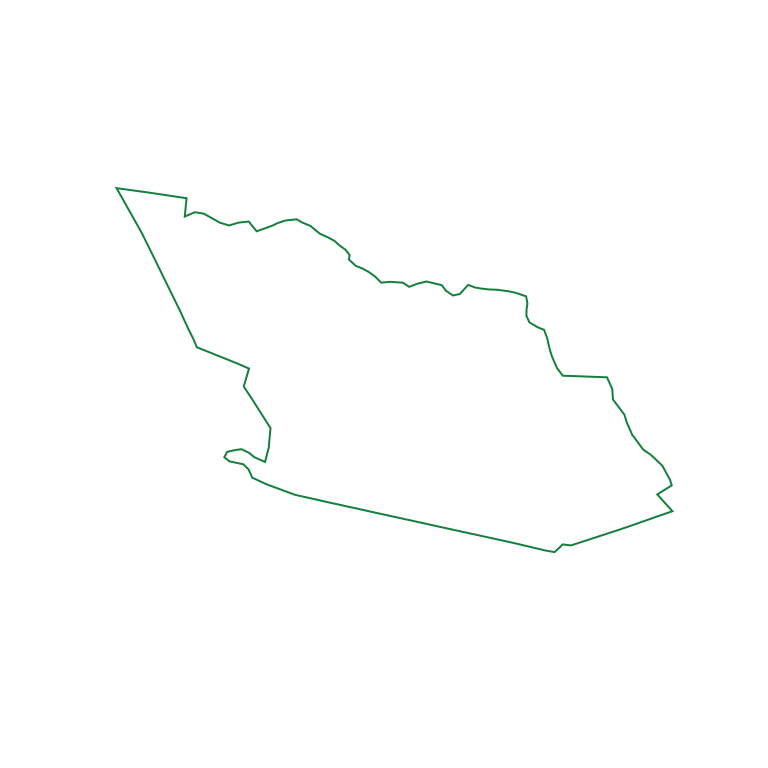 outline of São Caitano, Pernambuco, Brazil, rotated 107°
{"feature_id": "56859067B39794301269102", "entity_name": "São Caitano", "entity_type": "district", "adm_level": 2, "iso_a3": "BRA", "parent_name": "Brazil", "parent_adm1": "Pernambuco", "projection": "equal_earth", "projection_center": [-36.162, -8.337], "detail": "fine", "context": "isolated", "style": "outline", "palette": "green", "viewbox_px": 768, "rotation_deg": 107, "n_neighbors": 0, "source": "geoboundaries", "source_scale": "gbopen_adm2", "svg_char_len": 1576}
<svg xmlns="http://www.w3.org/2000/svg" viewBox="0 0 768 768"><g transform="rotate(107 384 384)"><path d="M512.1,482.5L514.3,466.7L516.0,436.7L513.3,401.0L512.5,392.0L511.9,383.5L510.5,367.0L509.9,358.6L508.9,346.2L505.7,306.7L502.9,271.7L501.0,248.9L498.0,211.8L496.1,181.5L494.9,171.7L485.1,166.1L483.7,158.0L457.2,120.2L449.2,109.0L433.3,87.4L421.3,71.0L409.7,90.4L396.8,79.2L392.0,82.5L380.8,93.9L373.7,108.1L371.1,116.7L359.9,131.9L350.0,140.4L343.0,145.2L331.9,160.5L322.1,164.2L312.4,172.7L323.8,215.5L318.0,223.4L308.8,231.2L304.3,234.4L298.9,237.7L292.7,241.2L285.4,246.8L284.8,253.5L282.6,262.9L277.2,267.7L271.4,269.4L265.1,270.4L258.6,273.7L258.3,284.4L258.8,291.0L260.8,303.4L262.9,311.3L264.3,319.0L265.1,325.3L264.6,332.5L275.8,337.8L279.2,343.9L276.7,352.0L272.6,357.6L273.1,366.1L273.6,373.4L278.2,381.2L283.7,388.3L281.6,395.6L284.5,408.0L287.9,416.4L284.0,423.6L281.4,431.1L279.9,438.1L279.2,445.8L275.2,454.0L270.7,454.6L266.8,460.2L264.4,467.4L261.7,473.0L260.2,480.2L259.0,489.3L254.4,500.5L253.4,509.9L252.0,515.7L256.6,526.3L261.2,532.8L264.8,536.6L275.2,550.4L268.2,560.9L272.1,570.1L277.7,578.5L277.7,588.3L273.8,606.0L275.0,615.1L282.1,623.5L264.1,627.1L269.7,664.8L274.9,697.0L310.4,659.8L328.0,643.2L374.8,599.4L380.4,594.5L388.4,587.3L397.1,579.1L403.6,573.7L407.2,531.4L408.7,517.6L427.4,517.4L437.4,505.3L451.9,488.4L459.4,479.6L471.3,477.2L478.4,475.6L493.4,475.0L491.9,486.7L489.3,492.8L488.0,501.1L490.5,506.7L494.7,514.1L500.7,515.3L503.2,509.2L501.9,495.2L505.2,488.6L512.1,482.5Z" fill="none" stroke="#15803d" stroke-width="2"/></g></svg>